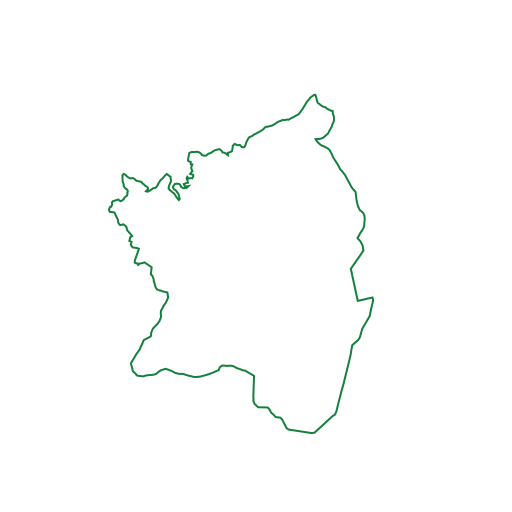 outline of San José Independencia, Oaxaca, Mexico, rotated 215°
{"feature_id": "50627088B65589511194358", "entity_name": "San José Independencia", "entity_type": "district", "adm_level": 2, "iso_a3": "MEX", "parent_name": "Mexico", "parent_adm1": "Oaxaca", "projection": "natural_earth1", "projection_center": [-96.628, 18.255], "detail": "fine", "context": "isolated", "style": "outline", "palette": "green", "viewbox_px": 512, "rotation_deg": 215, "n_neighbors": 0, "source": "geoboundaries", "source_scale": "gbopen_adm2", "svg_char_len": 5567}
<svg xmlns="http://www.w3.org/2000/svg" viewBox="0 0 512 512"><g transform="rotate(215 256 256)"><path d="M123.5,232.7L126.0,238.1L124.1,246.2L124.4,249.4L127.2,257.2L128.4,272.0L129.6,274.8L131.5,279.1L134.6,287.0L136.8,288.8L146.9,277.6L171.0,299.9L171.0,313.3L171.1,322.0L172.5,323.5L173.2,324.2L173.3,324.3L174.2,325.2L175.1,326.0L176.8,326.8L178.8,327.9L181.2,328.4L182.3,328.6L183.3,329.3L183.1,330.1L183.4,331.6L183.5,332.6L183.7,334.2L183.8,335.8L183.8,337.4L183.7,337.6L183.9,339.5L184.2,341.2L184.8,343.0L185.7,344.4L187.0,346.7L188.6,349.3L190.7,351.5L192.8,352.7L195.4,353.1L197.4,353.2L200.4,354.9L202.9,356.8L206.0,359.8L208.1,362.1L211.2,365.6L214.8,366.4L217.7,367.4L222.3,369.8L225.8,371.5L229.6,373.4L234.6,375.0L236.6,375.2L240.1,377.2L240.6,377.3L243.0,378.5L243.3,378.6L247.0,380.0L249.7,381.3L253.4,383.5L257.0,385.2L260.0,385.2L263.1,384.8L265.4,384.2L267.2,384.2L268.6,384.3L270.3,384.5L272.4,385.1L274.2,385.9L273.0,387.0L271.8,387.7L270.9,388.5L269.7,390.0L268.9,391.4L268.3,393.2L267.9,395.0L267.4,397.0L267.3,398.5L267.6,399.8L267.7,401.3L268.0,403.6L268.1,405.3L268.7,406.8L269.1,408.4L269.5,410.7L270.3,412.5L272.4,415.1L274.6,416.5L276.3,418.7L277.7,418.1L280.3,417.7L282.2,417.4L284.3,417.7L285.5,417.2L287.3,416.7L289.1,416.7L291.4,416.9L293.0,416.8L294.2,417.5L295.6,418.6L297.6,420.4L298.7,421.2L299.9,422.1L300.9,421.1L301.3,419.8L302.0,418.2L302.4,416.6L302.4,414.7L302.6,413.2L302.7,411.7L302.7,410.3L302.5,408.4L302.4,406.7L302.3,405.0L302.2,403.5L302.2,401.9L302.2,399.8L302.3,398.2L302.4,396.5L303.1,395.2L303.8,393.8L304.5,392.3L304.9,391.3L306.0,389.6L307.5,386.3L308.7,385.7L310.8,383.4L312.0,383.0L312.5,382.2L313.2,381.1L314.0,379.9L314.6,379.0L315.2,377.7L315.8,376.3L316.4,374.7L317.2,372.8L317.9,371.8L318.8,370.7L319.2,370.4L320.6,368.6L321.6,367.9L322.4,366.5L322.7,364.3L323.3,362.3L324.1,360.4L324.8,359.0L325.3,358.1L325.9,356.9L326.4,355.8L327.3,354.4L327.6,353.2L328.2,351.7L329.7,349.3L329.7,347.4L329.1,343.3L328.3,341.1L328.0,338.3L330.1,337.1L332.8,337.7L334.8,336.1L337.8,335.6L338.2,333.0L336.5,329.7L335.8,327.9L336.8,326.2L338.3,324.3L336.8,322.5L340.7,322.6L342.7,321.7L344.7,322.5L347.2,322.6L348.8,320.9L350.5,318.7L351.3,316.8L352.1,314.5L353.5,312.7L354.1,311.1L354.5,309.6L355.7,308.6L358.1,307.6L359.4,308.2L361.9,308.4L364.1,307.6L365.9,306.0L368.4,304.3L369.7,302.2L369.2,300.8L368.3,298.8L367.5,297.3L366.5,295.2L365.0,295.0L363.5,295.6L362.1,293.8L360.7,294.5L360.4,293.0L359.7,291.2L358.8,290.3L356.8,289.1L357.0,285.5L354.1,286.4L353.2,285.6L352.8,283.1L354.7,281.9L355.5,280.8L357.7,281.4L357.4,279.8L355.3,278.4L353.8,277.0L355.1,275.5L355.5,274.8L355.6,274.5L356.4,273.5L354.0,272.1L351.4,274.6L352.0,271.8L353.3,271.4L353.7,270.2L354.7,269.8L356.9,269.6L358.1,270.3L359.4,270.9L360.6,270.8L362.2,269.9L363.8,268.4L363.8,266.0L363.5,264.7L362.5,264.1L361.2,263.6L359.3,263.8L356.8,262.9L355.5,262.4L354.4,261.8L352.2,259.8L351.2,259.0L351.3,257.6L353.6,258.1L354.6,258.6L355.9,258.9L357.1,259.6L359.2,260.2L362.0,260.4L364.7,260.6L366.3,261.1L367.5,263.7L368.0,265.8L368.4,268.3L369.6,269.8L370.6,270.8L371.3,271.8L376.1,272.0L376.6,270.3L376.8,268.3L377.0,266.3L377.7,263.3L377.5,258.8L377.1,256.6L377.3,254.5L379.2,252.3L380.3,249.0L381.7,246.4L383.3,246.0L382.8,249.0L384.4,250.2L387.2,250.0L389.4,250.5L390.6,250.2L391.7,250.9L393.3,250.6L397.3,249.0L399.6,249.4L401.8,249.1L403.2,247.6L405.2,247.2L406.8,247.1L409.5,247.7L411.5,247.3L411.6,245.3L408.4,241.1L407.5,240.2L405.5,238.8L404.6,237.5L403.0,236.8L401.6,236.4L400.1,236.6L398.3,235.8L397.6,233.7L396.9,233.3L396.4,231.7L396.8,229.7L397.3,228.4L396.9,226.7L397.6,224.4L398.5,223.1L401.2,223.3L404.7,218.7L404.7,217.2L403.5,215.9L402.8,213.4L403.6,212.7L403.4,210.7L402.7,209.2L401.0,208.3L397.0,210.5L389.7,206.3L388.1,204.4L386.5,203.7L385.0,203.4L382.7,205.9L380.3,205.8L378.6,205.3L376.2,203.2L368.9,201.4L369.8,199.4L368.4,195.7L366.1,196.2L364.9,193.2L362.0,192.3L357.2,194.6L356.0,194.7L352.9,183.7L352.3,182.1L351.5,181.0L349.8,181.3L348.5,182.1L347.4,181.2L346.7,183.5L345.2,184.7L343.7,186.8L335.0,186.9L331.6,180.6L329.7,180.4L326.7,178.4L325.3,176.8L323.6,175.5L322.2,174.3L320.0,172.6L318.2,171.9L316.7,172.1L315.1,172.5L313.9,173.2L312.1,173.5L308.5,175.0L307.8,175.3L306.2,173.9L305.4,172.7L304.4,172.1L303.7,169.7L303.5,168.3L303.1,165.8L303.1,162.2L302.7,159.4L302.4,156.5L300.9,154.1L299.3,152.4L298.4,150.2L297.8,147.6L297.7,143.8L298.3,140.7L298.8,137.4L298.2,134.5L297.8,132.9L296.8,131.5L296.1,129.8L299.7,122.6L299.0,119.6L298.3,115.4L297.7,113.0L297.7,110.1L297.7,106.3L297.4,103.2L297.2,99.2L296.9,96.3L290.7,91.0L287.6,90.6L284.7,89.9L281.9,91.3L279.4,92.7L277.9,94.7L276.4,96.1L274.8,97.5L273.0,99.0L271.6,100.2L270.3,102.0L269.5,104.8L268.5,107.6L267.1,109.5L265.3,111.8L259.7,113.3L254.8,114.0L251.9,115.1L248.0,117.6L243.4,119.0L239.4,120.6L236.8,121.6L232.6,125.1L228.5,130.0L225.1,134.6L223.2,137.7L221.1,141.2L221.3,141.6L221.7,143.5L221.8,144.7L220.7,147.0L219.6,147.7L217.8,148.8L216.3,149.6L214.2,151.4L212.6,152.3L210.2,153.0L207.6,153.1L204.4,154.1L202.2,154.6L201.0,154.8L199.7,155.7L197.9,156.0L195.3,156.1L191.7,156.5L190.6,156.5L188.8,156.6L183.0,147.7L177.5,139.2L175.8,137.2L175.1,135.8L173.2,134.6L172.5,134.1L167.5,133.3L159.6,138.6L157.4,138.2L155.1,137.1L153.5,136.3L151.4,136.2L147.7,135.4L146.1,136.0L143.8,137.4L142.3,137.3L140.6,137.0L132.4,132.6L129.8,132.5L110.4,142.1L108.8,142.9L106.7,144.9L101.4,169.0L100.4,171.0L100.9,174.5L103.9,182.1L108.6,194.7L110.8,201.1L114.1,209.5L117.9,219.5L121.9,229.5L123.5,232.7Z" fill="none" stroke="#15803d" stroke-width="2"/></g></svg>